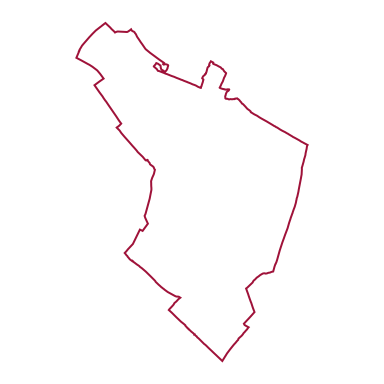 outline of Cordareni, Botosani, Romania
{"feature_id": "2599482B43153830324809", "entity_name": "Cordareni", "entity_type": "district", "adm_level": 2, "iso_a3": "ROU", "parent_name": "Romania", "parent_adm1": "Botosani", "projection": "mercator", "projection_center": [26.59, 47.999], "detail": "fine", "context": "isolated", "style": "outline", "palette": "rose", "viewbox_px": 384, "rotation_deg": 0, "n_neighbors": 0, "source": "geoboundaries", "source_scale": "gbopen_adm2", "svg_char_len": 5805}
<svg xmlns="http://www.w3.org/2000/svg" viewBox="0 0 384 384"><path d="M248.6,327.3L245.9,325.8L244.6,325.0L243.9,323.7L250.5,316.6L254.5,312.1L252.8,307.6L251.3,303.0L250.6,301.3L248.8,296.2L248.1,294.0L247.1,291.3L246.1,288.5L247.2,287.7L252.2,282.9L252.6,282.5L253.3,281.1L254.1,280.2L254.8,279.7L256.8,277.6L258.7,276.3L260.0,275.2L260.8,274.7L262.7,273.6L263.4,273.4L264.6,273.3L265.7,273.6L266.9,273.4L268.4,272.8L269.9,272.6L271.5,271.9L273.2,271.5L274.5,266.7L275.1,264.9L275.4,264.1L275.6,264.0L276.1,262.7L276.5,261.9L276.6,261.4L277.0,260.3L279.7,250.6L282.3,242.6L283.8,238.5L285.1,234.8L287.6,228.2L289.1,222.9L289.8,220.8L290.4,219.1L290.7,218.0L291.9,214.7L292.2,213.8L292.6,212.9L292.7,212.3L293.9,208.9L294.5,207.4L295.0,205.9L295.3,204.7L295.6,203.8L296.1,201.7L296.2,200.8L296.5,199.8L296.7,198.4L297.3,196.7L298.4,191.8L298.7,189.9L301.0,177.9L301.3,176.1L301.6,174.6L301.9,169.1L301.8,167.8L302.3,166.3L303.0,163.8L303.6,161.7L304.1,159.3L304.5,158.1L305.4,155.1L305.6,153.3L306.1,151.0L306.6,148.9L306.9,146.7L307.2,145.7L307.6,145.0L300.7,141.3L299.6,140.5L294.2,137.5L293.4,137.2L292.4,136.5L288.4,134.1L287.7,133.6L286.6,133.1L285.4,132.3L282.2,130.7L280.1,129.5L277.1,127.5L276.2,127.2L275.2,126.4L274.6,126.2L273.7,125.7L272.8,125.1L266.6,121.4L261.2,118.4L259.2,117.2L257.2,115.8L254.2,114.3L253.1,113.6L251.2,112.4L250.9,112.3L250.7,112.0L250.7,111.6L250.5,111.3L249.5,110.4L247.3,108.8L245.2,106.4L243.3,104.4L243.0,104.1L241.9,103.5L241.2,102.3L240.3,101.4L239.5,100.3L238.2,99.1L237.6,98.9L237.2,98.4L235.3,98.6L235.1,98.9L234.6,99.1L234.3,98.9L233.6,99.1L233.0,99.1L232.1,99.3L230.5,99.1L229.2,99.4L228.6,99.3L227.5,98.8L226.2,98.8L225.6,98.6L225.4,98.4L225.2,96.2L225.7,95.1L225.7,94.9L225.8,94.2L226.2,93.2L226.7,92.1L227.0,91.7L228.1,91.0L228.7,90.5L229.2,89.6L229.1,89.4L228.1,89.3L227.5,89.3L226.2,89.6L225.5,89.6L224.7,89.3L224.3,89.4L223.8,89.1L222.5,88.9L220.2,88.1L219.7,87.7L221.0,85.1L221.3,84.2L221.6,83.7L221.7,83.4L222.3,82.4L222.9,81.2L224.1,77.7L225.0,76.1L225.8,74.1L226.1,73.4L226.1,73.1L224.3,71.4L223.6,70.4L223.0,69.4L222.7,69.0L221.7,68.7L221.0,67.7L220.5,67.3L218.7,66.4L216.6,65.2L213.3,63.9L213.1,63.6L213.3,62.6L210.9,61.3L210.6,61.9L210.0,62.6L209.5,63.5L209.1,65.0L209.4,65.2L209.5,65.4L209.3,65.8L208.9,66.4L207.9,67.1L207.7,67.4L207.5,67.8L207.2,69.0L206.4,72.2L206.0,72.7L206.0,73.4L205.9,73.6L205.4,74.2L205.1,74.1L204.9,74.3L204.8,74.6L204.7,75.0L203.8,75.7L203.5,75.9L202.9,76.7L202.3,77.9L202.2,78.3L202.5,78.6L203.4,79.5L203.4,79.9L203.1,80.5L202.9,81.7L201.9,84.7L201.6,85.7L201.4,86.4L201.1,86.6L201.0,87.4L201.0,87.7L200.9,87.9L200.4,87.8L198.0,86.8L196.0,85.6L194.6,85.0L192.5,84.3L190.6,83.4L187.0,82.0L186.8,81.8L186.3,81.7L183.7,80.7L182.2,80.0L181.4,79.8L179.0,78.8L176.6,77.9L174.1,76.8L171.7,76.0L167.0,74.1L165.4,73.6L164.4,73.1L159.2,71.1L157.9,70.8L157.3,69.9L156.7,69.0L153.8,66.5L153.8,66.3L155.5,64.4L156.3,63.1L157.9,63.7L160.5,65.6L160.6,66.0L160.7,67.4L161.2,69.1L161.5,69.6L162.2,70.0L162.6,70.6L163.1,70.5L163.4,70.6L163.7,71.0L164.8,71.7L165.1,71.7L165.3,71.6L166.2,70.6L166.6,70.1L167.5,68.3L167.6,67.5L168.2,65.7L168.1,65.3L167.9,65.0L167.3,64.7L166.0,64.3L164.9,64.2L164.4,64.4L164.2,64.5L163.9,64.6L163.7,64.6L163.1,64.1L164.0,62.9L159.4,59.7L150.3,53.0L145.8,49.3L145.2,48.6L142.2,44.2L140.8,42.3L138.5,38.8L137.7,37.7L137.0,36.6L135.9,34.2L135.0,33.1L134.7,32.6L134.5,32.2L133.7,31.6L132.4,31.1L131.6,30.3L131.1,29.3L129.9,30.3L127.8,31.7L127.0,32.0L117.6,31.5L116.2,31.9L115.0,32.5L114.1,31.4L111.6,29.1L110.2,27.5L105.4,23.0L95.8,30.5L92.5,33.8L89.4,37.1L83.5,43.9L82.0,45.7L80.9,47.6L79.7,49.5L79.1,50.9L79.3,50.9L76.4,57.8L81.5,60.5L88.2,64.2L89.4,64.8L92.5,66.8L96.7,70.0L97.3,70.5L100.1,73.8L103.6,78.6L99.3,81.6L94.5,85.2L99.6,92.5L102.6,96.5L103.5,98.0L105.3,100.6L106.0,101.4L108.7,105.4L116.2,116.3L119.0,120.6L121.2,123.6L119.3,125.6L118.2,126.5L117.4,127.0L116.7,127.6L117.2,128.1L117.9,128.8L119.6,130.5L121.2,132.9L124.6,136.9L128.7,141.5L132.7,146.1L133.9,147.4L136.6,150.5L137.7,152.0L142.7,156.8L145.0,159.6L145.6,160.3L146.3,160.5L146.8,160.2L147.1,159.9L147.5,159.9L147.7,160.1L147.7,160.5L148.1,161.2L149.7,163.1L149.9,164.0L150.1,164.3L150.5,164.7L152.9,166.4L153.3,166.8L153.7,167.3L154.3,168.9L154.6,169.4L154.9,169.7L154.0,173.6L153.6,174.7L152.2,177.8L151.1,181.1L151.2,183.7L151.2,185.0L151.3,187.2L151.4,187.7L151.4,189.9L150.0,197.0L149.7,198.6L146.6,209.9L145.5,213.9L144.6,215.9L145.3,218.0L147.9,223.7L146.9,225.0L142.6,230.9L139.9,229.6L132.9,244.0L131.1,245.9L128.1,249.1L126.4,251.2L124.7,253.0L125.4,253.8L125.9,254.4L126.5,255.3L127.3,256.0L127.6,256.5L127.7,256.8L128.6,257.8L129.8,259.3L132.3,261.2L132.5,260.9L132.6,261.0L133.2,261.4L133.8,262.2L134.9,262.9L135.2,263.2L137.5,264.9L138.2,265.3L139.3,266.1L140.0,266.9L141.6,268.0L144.3,270.3L145.8,271.6L150.7,276.4L154.4,280.1L155.3,281.1L155.7,281.9L157.7,283.8L158.5,284.6L159.9,285.8L161.5,287.3L162.3,287.8L162.6,288.2L163.7,288.9L164.3,289.5L167.7,292.0L175.0,296.0L176.2,296.5L176.8,296.6L177.6,296.6L178.7,296.7L179.4,297.1L180.3,297.7L178.4,299.2L176.5,301.3L175.5,302.2L174.7,302.8L174.2,303.4L173.9,304.1L173.6,304.6L172.3,306.1L169.3,309.3L168.8,310.0L171.7,312.6L176.3,317.2L181.0,321.7L183.3,323.5L185.2,325.1L185.2,325.4L185.5,325.9L185.9,326.2L186.3,326.8L187.3,327.7L187.5,328.2L188.5,328.7L188.6,329.3L189.2,329.7L190.4,330.7L190.9,331.3L193.5,333.4L194.1,334.1L194.6,334.3L194.4,334.7L194.8,334.8L195.2,335.2L195.8,335.8L196.7,336.4L197.2,337.3L198.5,338.3L199.4,339.2L203.3,343.1L204.2,344.0L205.2,344.7L206.4,345.8L208.5,347.9L222.3,361.0L227.1,353.3L230.2,349.2L233.4,345.2L234.6,343.8L235.3,343.1L237.1,340.9L238.2,339.8L238.3,339.1L238.7,338.4L241.6,335.8L242.8,334.4L243.6,333.1L244.7,332.0L245.8,330.7L247.1,329.3L247.9,328.1L248.6,327.3Z" fill="none" stroke="#9f1239" stroke-width="2"/></svg>